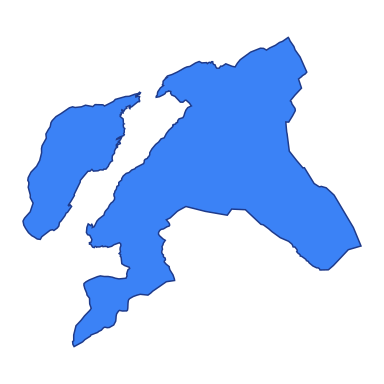 the district of Dyrøy nor, Troms, Norway
{"feature_id": "86288312B15388933867653", "entity_name": "Dyrøy nor", "entity_type": "district", "adm_level": 2, "iso_a3": "NOR", "parent_name": "Norway", "parent_adm1": "Troms", "projection": "orthographic", "projection_center": [17.654, 69.021], "detail": "fine", "context": "isolated", "style": "filled", "palette": "blue", "viewbox_px": 384, "rotation_deg": 0, "n_neighbors": 0, "source": "geoboundaries", "source_scale": "gbopen_adm2", "svg_char_len": 5930}
<svg xmlns="http://www.w3.org/2000/svg" viewBox="0 0 384 384"><path d="M361.0,246.0L353.4,227.6L334.1,195.1L326.2,187.8L321.3,186.4L319.6,186.8L319.1,186.7L314.1,183.5L304.4,167.7L302.9,167.9L296.7,160.6L289.3,151.2L287.1,133.9L286.7,132.1L285.8,122.0L288.7,122.1L292.7,115.6L295.1,111.1L295.3,110.2L295.0,108.4L292.0,104.0L291.3,101.8L290.4,101.1L290.4,100.7L294.8,95.3L301.5,88.1L298.5,79.0L301.9,76.4L302.2,75.8L305.3,73.9L306.8,72.1L300.1,57.0L295.1,49.9L293.9,46.5L290.1,41.0L288.9,38.3L288.2,37.4L282.4,41.4L279.4,42.5L275.4,45.3L269.6,48.0L266.5,50.1L263.6,48.4L260.4,48.2L250.6,52.1L240.3,59.6L237.3,63.3L235.1,66.9L232.1,66.3L225.8,63.8L222.2,66.2L220.7,66.1L219.1,68.2L216.8,68.2L216.1,67.4L215.0,64.8L213.6,64.4L212.9,63.3L212.7,61.7L211.7,61.7L210.8,63.0L210.0,62.3L209.0,62.4L207.3,63.6L206.6,62.6L201.8,62.9L199.2,61.5L195.4,63.0L189.9,66.4L187.0,66.9L184.4,68.0L177.4,72.0L172.0,74.5L167.4,76.0L166.0,77.6L166.8,77.7L165.3,78.8L163.1,81.2L163.0,83.8L162.4,84.8L163.5,85.5L160.4,87.9L157.9,91.6L157.5,92.9L157.3,95.0L156.2,96.3L156.2,97.3L159.4,96.7L163.5,94.7L165.1,93.6L165.9,92.0L168.2,91.4L168.5,90.9L170.8,91.5L170.6,93.2L171.7,95.0L175.0,96.4L180.3,102.1L182.9,102.2L185.2,100.2L186.1,100.2L189.5,103.2L191.0,105.5L191.4,105.9L187.8,107.6L185.9,110.1L184.7,113.2L184.0,115.7L182.9,117.7L179.1,118.8L178.2,119.9L177.7,120.9L177.5,122.5L176.2,122.7L175.6,124.0L173.3,124.6L173.3,125.2L172.8,125.2L172.8,126.6L168.9,130.2L166.4,133.5L164.2,137.8L161.0,138.9L158.6,142.1L155.7,144.4L152.0,148.8L149.8,152.6L149.7,154.9L148.6,156.8L147.9,157.2L147.4,158.4L145.2,159.3L144.3,160.4L144.2,162.1L143.6,163.6L135.8,167.6L134.9,168.8L131.7,170.0L129.1,172.5L126.2,173.4L123.2,176.0L121.7,178.6L121.7,179.9L118.8,182.4L118.7,185.4L116.9,186.4L116.3,189.3L115.0,191.0L114.5,193.1L113.9,193.9L114.0,196.0L114.6,197.1L114.5,199.4L112.7,201.9L111.2,202.9L109.5,205.1L108.1,208.1L105.4,211.1L104.7,212.4L103.9,215.1L98.9,218.9L97.0,221.0L94.2,226.7L92.3,227.5L92.6,225.7L91.8,224.3L90.8,225.6L88.2,223.9L86.9,227.3L86.4,232.5L87.6,234.7L89.8,235.3L91.9,239.5L91.2,242.2L89.4,242.7L89.5,244.2L90.7,244.2L92.6,247.1L94.2,247.6L95.1,246.4L96.0,246.6L96.6,247.2L97.2,246.9L99.8,246.9L102.3,245.9L102.9,246.7L105.7,246.3L106.0,246.6L107.3,246.6L107.8,247.3L111.7,246.3L113.8,244.8L119.4,242.7L120.7,243.9L120.9,245.7L120.3,247.2L120.0,249.1L120.5,251.9L119.1,253.6L120.6,254.5L120.3,256.4L121.1,257.2L121.8,263.7L124.5,265.5L129.3,267.3L129.7,268.5L128.0,269.7L127.3,271.7L126.7,273.9L127.0,276.0L126.0,278.2L118.9,278.9L115.3,278.2L112.3,277.2L108.2,276.5L104.3,276.5L100.3,275.9L97.3,276.7L89.4,279.9L86.0,281.8L84.0,283.5L83.9,285.2L84.8,288.6L86.7,293.1L87.0,295.0L89.5,298.2L89.7,303.9L91.2,308.3L90.0,310.2L84.5,315.9L81.0,320.4L76.0,325.7L73.7,335.0L73.7,340.7L72.6,341.6L72.9,344.4L74.1,346.6L82.6,341.9L84.9,339.6L90.4,336.1L90.9,335.0L97.8,332.3L98.6,331.5L101.3,330.2L103.3,328.0L104.3,327.3L105.1,327.2L107.2,327.7L109.3,327.5L113.7,325.0L115.7,321.2L116.0,318.3L116.1,316.4L116.6,313.9L118.5,311.1L119.4,310.4L122.4,311.0L126.7,310.9L127.5,310.1L127.8,308.2L128.0,303.3L128.3,300.7L128.8,299.5L129.8,298.5L133.3,296.5L136.9,295.2L140.2,294.3L148.0,295.1L150.7,293.1L152.7,291.2L166.4,281.7L174.6,280.5L174.4,279.0L173.0,274.9L170.7,271.2L169.8,269.6L169.2,267.4L169.2,266.6L166.2,264.2L164.2,261.9L164.4,260.9L165.4,259.9L165.4,259.3L165.1,258.0L163.6,257.0L163.3,256.2L163.4,254.9L162.5,254.2L161.7,252.5L161.9,250.6L162.5,249.3L162.0,246.6L163.0,244.7L163.3,243.3L165.3,240.3L163.1,239.0L159.5,235.7L158.5,234.2L158.6,232.4L159.7,230.5L161.1,229.4L163.5,228.9L166.9,226.8L169.1,226.1L169.7,225.1L169.4,223.8L168.7,222.6L166.3,219.8L170.2,217.9L177.2,211.4L178.7,210.4L185.9,206.5L205.4,211.4L227.3,215.2L231.7,209.1L245.4,209.7L260.9,224.3L263.3,224.8L268.6,228.7L272.0,231.7L280.3,237.7L288.6,241.3L291.8,244.0L292.4,244.9L293.1,246.9L294.9,247.0L297.0,249.6L297.2,251.0L296.7,251.7L298.5,253.7L299.4,254.0L300.3,255.2L300.2,256.0L301.9,256.5L305.9,259.4L306.4,260.6L308.3,261.4L309.1,262.8L312.9,266.0L316.6,267.8L318.2,267.9L319.4,268.7L320.0,270.0L328.4,269.8L333.4,265.5L348.3,249.7L361.0,246.0ZM135.7,95.8L137.3,95.4L138.0,94.5L139.4,94.5L140.5,92.8L139.6,92.2L138.2,93.5L134.6,94.3L129.2,96.3L125.6,96.5L115.3,99.4L113.5,101.4L104.5,106.0L102.9,104.8L95.1,104.6L92.8,106.6L85.5,105.2L81.5,106.8L75.1,107.5L72.6,106.8L69.4,107.8L60.8,113.7L56.0,116.6L52.2,120.6L51.0,122.6L50.2,126.8L48.1,130.0L45.9,134.0L46.3,138.2L42.1,145.7L41.5,148.6L41.6,152.8L39.7,160.5L36.6,166.3L31.0,172.1L28.2,177.6L27.8,180.3L28.8,182.3L28.8,184.3L28.2,187.2L30.3,195.0L30.2,197.6L33.1,203.1L30.2,211.8L24.5,218.2L23.0,221.1L23.8,225.1L25.6,228.4L28.5,232.7L31.8,235.7L34.4,237.1L37.2,239.0L40.3,239.4L41.8,236.7L50.1,230.3L52.4,229.7L53.9,230.5L57.2,228.1L58.8,226.1L59.5,222.4L60.9,221.2L64.9,215.8L66.1,213.1L67.5,212.3L71.6,206.4L70.2,204.9L68.9,205.9L68.3,205.2L70.7,201.7L74.4,195.5L74.1,194.5L80.2,182.1L80.3,180.4L87.9,171.3L90.1,171.1L91.9,169.4L93.4,171.1L98.1,170.8L100.0,169.8L103.1,170.0L103.7,169.2L106.0,169.1L108.4,166.1L108.8,164.8L110.6,162.0L112.5,160.8L112.1,158.4L112.4,155.7L114.5,153.2L114.5,150.9L115.8,148.3L117.5,147.2L117.5,146.3L116.4,146.5L116.3,144.9L117.2,143.9L117.2,145.0L120.3,143.6L119.9,142.2L118.4,142.3L118.3,141.7L120.4,139.9L121.4,137.8L116.6,139.4L116.8,138.8L119.6,137.1L123.8,135.5L124.3,134.5L123.6,133.8L124.3,132.2L124.2,130.3L124.8,128.5L123.6,127.6L123.3,125.8L123.3,124.6L123.5,124.2L124.1,123.9L123.5,123.5L123.7,122.7L123.9,122.7L123.5,122.6L123.3,122.1L123.3,120.6L123.1,118.9L120.2,116.5L120.3,114.7L121.2,114.8L121.2,112.8L123.1,113.0L123.1,111.7L121.7,110.8L121.9,109.8L124.1,110.9L125.0,109.2L126.8,108.2L126.2,107.1L129.9,105.4L130.3,106.3L129.1,107.8L129.9,108.6L130.5,106.9L131.6,106.9L137.8,101.8L139.5,101.6L139.6,101.3L139.5,101.0L139.2,101.0L139.6,100.7L139.0,98.7L139.6,96.7L138.0,96.2L135.9,97.0L135.7,95.8Z" fill="#3b82f6" stroke="#1e3a8a" stroke-width="1.5"/></svg>